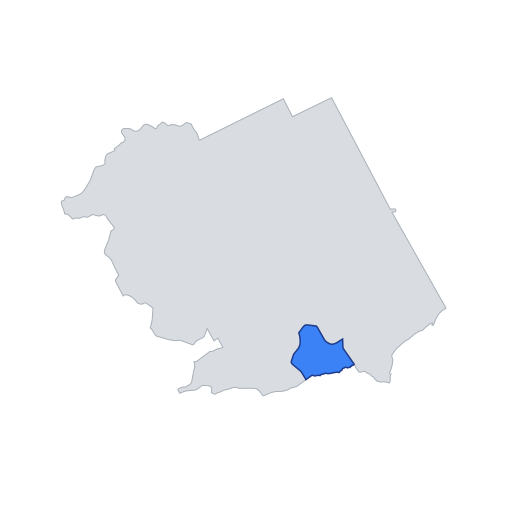 Kassala highlighted on a map of Sudan, rotated 60°
{"feature_id": "SDN-884", "entity_name": "Kassala", "entity_type": "State", "adm_level": 1, "iso_a3": "SDN", "parent_name": "Sudan", "parent_adm1": "", "projection": "orthographic", "projection_center": [36.251, 15.89], "detail": "fine", "context": "in_parent", "style": "filled", "palette": "blue", "viewbox_px": 512, "rotation_deg": 60, "n_neighbors": 0, "source": "natural_earth", "source_scale": "10m", "svg_char_len": 4947}
<svg xmlns="http://www.w3.org/2000/svg" viewBox="0 0 512 512"><g transform="rotate(60 256 256)"><path d="M336.8,390.7L332.7,390.6L332.3,389.6L332.4,387.0L332.9,385.1L334.4,381.9L334.0,380.2L334.3,377.8L333.2,375.0L323.6,366.8L321.8,364.6L316.6,362.5L317.6,360.2L315.6,343.7L316.7,341.8L317.0,339.0L317.0,336.4L318.3,332.2L318.5,330.4L308.3,330.1L308.1,332.0L308.6,334.0L308.5,334.8L294.4,334.6L299.9,341.2L300.1,344.0L299.8,347.5L299.8,349.8L300.1,351.3L301.6,354.2L301.5,354.7L301.2,355.4L291.0,363.8L289.2,367.8L287.8,369.8L284.9,373.3L275.5,382.3L274.0,382.8L267.0,383.0L266.3,383.2L265.7,383.6L265.4,383.5L259.5,377.9L249.5,371.2L242.8,374.3L240.9,375.5L240.8,378.6L239.8,380.2L238.0,381.9L233.0,382.8L230.4,383.7L227.3,385.3L224.3,388.1L224.0,389.6L224.3,391.0L207.3,390.3L206.2,389.2L203.9,384.3L202.1,384.5L186.7,383.3L184.5,383.7L180.0,385.5L177.8,385.7L175.5,384.7L167.7,374.7L166.0,373.5L164.2,371.1L162.5,370.0L162.0,369.3L161.8,368.3L161.9,366.2L161.4,364.8L160.2,364.5L149.2,366.1L147.7,365.8L145.4,366.1L144.6,366.4L143.7,367.6L143.4,370.2L143.1,371.5L142.2,372.9L139.0,376.0L138.3,377.4L138.3,380.9L138.1,382.7L137.6,383.5L136.2,384.8L135.7,385.6L135.0,390.1L133.2,392.8L132.8,393.7L132.6,395.7L132.3,396.3L127.4,397.6L125.5,398.5L124.3,400.0L124.0,400.6L122.0,400.0L119.3,399.4L114.2,398.6L112.2,397.8L111.3,396.6L111.7,393.9L111.2,393.2L110.4,392.7L109.9,391.5L110.0,390.0L112.8,387.0L113.5,385.3L114.5,377.4L114.3,374.9L112.4,370.3L107.8,362.2L106.7,360.6L100.9,353.8L100.2,352.8L98.8,350.0L100.7,344.2L100.9,342.6L100.6,340.9L99.1,339.5L97.7,339.3L96.0,337.6L94.9,336.8L93.9,335.3L93.3,333.3L94.1,326.4L93.8,325.4L92.3,325.0L91.9,324.5L92.1,323.2L91.4,319.2L90.7,315.8L91.3,314.0L90.1,311.4L87.7,310.2L82.9,310.7L81.4,310.5L80.4,309.9L79.7,309.0L79.4,307.9L79.8,306.3L81.3,303.4L83.2,301.1L86.8,299.1L87.7,298.0L88.3,296.7L88.5,295.2L88.4,293.6L88.1,292.1L87.2,290.1L86.4,287.8L86.4,286.3L86.9,285.2L87.9,284.0L91.5,281.6L95.1,279.7L95.8,279.0L95.6,278.1L94.1,276.2L93.8,272.7L93.1,270.3L94.9,268.6L96.3,268.1L98.4,267.6L99.2,266.9L99.5,265.5L99.6,264.1L100.4,263.2L101.5,261.0L102.3,260.1L105.2,257.7L105.9,256.1L106.1,254.5L105.7,249.6L107.4,247.7L109.4,246.1L112.3,246.4L116.7,246.3L119.7,245.8L121.9,246.0L126.7,247.2L127.2,246.8L127.6,245.6L133.5,153.7L153.3,154.8L153.6,154.7L156.7,111.4L281.6,116.3L282.6,116.1L284.7,112.1L285.6,111.9L286.9,112.1L287.3,113.1L286.1,116.4L396.2,117.5L396.4,122.4L397.4,126.4L400.5,132.0L403.2,135.1L404.2,136.7L404.3,137.5L404.1,138.2L403.3,137.4L402.0,136.9L401.8,139.5L402.5,144.9L403.6,148.8L402.8,152.3L402.9,158.3L404.4,165.4L404.2,170.0L406.5,180.7L408.9,186.6L410.1,188.1L411.5,188.8L414.2,189.3L418.2,192.3L421.4,195.5L422.6,197.1L424.1,198.9L425.1,198.6L425.8,198.1L426.8,199.6L431.9,202.7L432.6,204.2L430.8,205.7L428.8,208.2L427.8,210.5L427.3,211.3L425.6,212.8L425.3,213.5L424.6,213.9L423.8,213.9L422.1,214.8L420.6,214.5L419.0,215.0L418.5,215.5L417.2,216.0L415.5,216.3L412.9,218.3L410.7,219.3L409.9,220.1L408.7,224.0L407.8,225.0L404.5,225.1L402.8,225.5L400.5,225.1L399.5,225.1L399.2,226.0L398.8,229.3L398.8,230.8L396.9,234.6L397.5,241.8L395.7,247.2L395.4,248.4L393.6,252.7L392.6,254.3L390.3,262.2L389.3,264.7L387.3,267.3L389.4,286.4L387.7,292.2L387.8,295.4L386.6,300.2L385.6,302.3L384.1,305.0L382.8,307.9L381.7,311.8L380.9,319.1L380.6,319.8L374.4,320.7L372.5,321.2L371.2,322.0L369.6,323.9L366.5,329.1L364.8,332.2L362.3,336.5L359.3,339.6L358.6,341.1L358.1,343.8L357.0,348.2L356.0,351.3L356.1,353.8L355.2,358.2L355.3,360.3L354.2,361.5L352.8,362.6L351.8,362.9L347.6,359.9L344.6,361.9L342.7,364.7L341.2,367.5L342.0,373.5L341.9,374.9L341.5,376.3L338.6,382.2L337.7,384.8L336.8,389.5L336.8,390.7Z" fill="#d9dde1" stroke="#a8b0b8" stroke-width="1"/><path d="M397.8,238.7L397.9,239.1L397.9,239.5L397.8,239.9L397.8,240.4L397.9,240.8L398.3,241.7L398.4,242.2L398.2,242.7L397.3,243.7L396.9,244.2L396.2,246.2L395.3,248.9L394.3,251.8L393.7,252.8L392.7,253.8L392.4,254.3L391.3,258.5L391.3,259.4L391.6,260.4L390.9,260.9L390.5,261.5L389.4,264.7L389.0,265.3L387.5,266.8L387.3,267.2L387.3,267.7L387.5,269.8L387.9,273.4L388.1,274.6L386.9,274.5L379.5,274.7L377.8,275.0L367.9,278.6L366.7,278.8L365.8,278.7L364.7,277.9L359.9,272.5L357.1,265.4L356.7,264.8L355.6,263.3L354.8,262.4L353.9,261.6L352.8,260.9L349.4,259.0L346.9,258.1L343.9,257.3L341.1,250.9L340.5,248.9L340.5,247.7L341.3,246.1L346.6,239.0L347.3,238.7L348.4,238.5L362.7,238.6L364.3,238.4L365.9,237.8L367.7,236.8L369.1,235.9L370.4,234.4L371.2,232.2L371.5,229.7L371.2,222.5L378.6,226.4L379.2,226.6L379.6,226.7L398.7,225.1L398.7,225.4L399.1,226.0L399.2,226.4L399.1,226.8L398.6,227.6L398.7,227.8L398.9,228.0L399.1,228.3L399.1,228.6L399.1,229.4L399.1,229.5L399.3,229.9L399.2,229.9L399.1,230.1L399.0,231.5L398.5,232.8L398.2,233.1L397.5,233.6L397.2,233.9L397.0,234.3L397.0,234.7L397.1,235.4L397.0,235.9L396.7,236.7L396.7,237.0L396.9,237.5L397.1,237.9L397.5,238.3L397.8,238.7L397.8,238.7Z" fill="#3b82f6" stroke="#1e3a8a" stroke-width="1.5"/></g></svg>